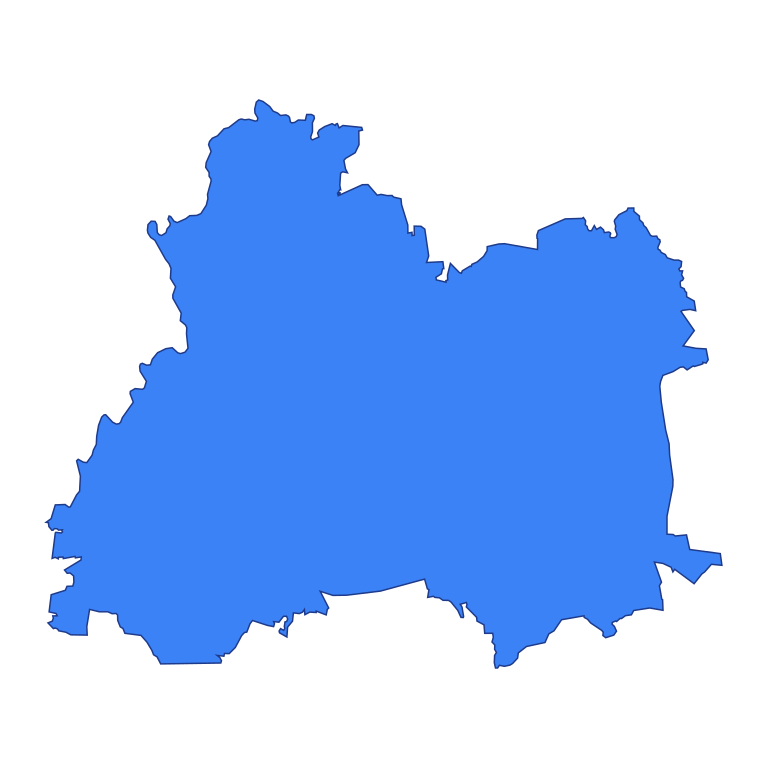 outline of Valle de Santiago, Guanajuato, Mexico
{"feature_id": "50627088B5903999082745", "entity_name": "Valle de Santiago", "entity_type": "district", "adm_level": 2, "iso_a3": "MEX", "parent_name": "Mexico", "parent_adm1": "Guanajuato", "projection": "orthographic", "projection_center": [-101.283, 20.397], "detail": "fine", "context": "isolated", "style": "filled", "palette": "blue", "viewbox_px": 768, "rotation_deg": 0, "n_neighbors": 0, "source": "geoboundaries", "source_scale": "gbopen_adm2", "svg_char_len": 6065}
<svg xmlns="http://www.w3.org/2000/svg" viewBox="0 0 768 768"><path d="M211.1,181.1L207.5,194.4L207.9,198.6L206.3,205.2L200.9,213.6L196.8,215.4L189.7,215.7L185.8,218.7L177.2,222.6L174.0,221.2L170.7,216.6L169.1,216.0L168.0,219.2L170.3,223.6L169.9,225.7L167.1,228.9L166.0,232.7L161.6,235.5L159.1,234.7L157.3,232.5L156.8,224.5L155.1,221.4L151.2,221.2L148.0,224.6L147.4,230.3L148.0,233.2L150.7,237.4L154.9,240.3L165.6,259.4L169.0,263.7L171.0,268.5L170.4,278.2L175.6,286.8L172.8,295.0L172.9,298.3L181.2,313.1L180.3,320.7L185.5,325.0L186.8,327.7L186.5,333.8L188.0,348.3L185.0,352.2L180.5,353.6L177.8,352.8L172.2,347.7L165.8,348.7L157.6,352.7L152.3,359.2L150.4,364.8L146.6,365.2L142.3,363.3L140.4,364.1L139.6,366.5L140.1,371.2L146.4,381.3L144.4,387.9L142.5,389.3L135.1,388.6L130.3,391.4L130.1,393.7L133.3,402.2L122.4,417.6L120.6,422.2L119.2,423.6L116.4,424.1L112.6,422.2L105.7,414.7L104.0,414.9L101.7,417.1L98.6,425.2L96.7,436.4L96.3,444.4L93.4,450.1L92.1,455.2L86.8,462.6L83.3,462.2L78.2,459.3L76.6,460.8L80.4,476.1L79.6,491.2L76.5,495.0L70.3,506.9L68.7,507.1L65.1,504.5L55.3,504.9L51.1,518.7L46.1,522.3L48.4,522.7L48.9,526.6L51.9,530.3L53.1,530.2L54.3,528.6L57.2,528.8L58.6,530.1L62.3,529.8L61.8,530.6L62.5,531.9L61.3,533.0L55.9,532.3L55.3,532.9L52.1,558.4L55.1,557.3L58.3,558.8L58.4,557.2L63.1,557.1L63.3,558.6L75.0,556.4L75.4,557.9L81.3,556.9L81.0,560.0L64.5,570.0L67.2,573.3L70.1,573.0L73.6,575.9L73.9,582.1L72.8,586.1L67.0,586.3L65.3,590.3L51.2,594.7L49.1,611.9L56.1,613.5L57.2,615.8L52.8,615.9L53.3,618.2L52.3,621.1L48.0,622.9L53.4,628.6L55.2,628.0L57.6,629.0L58.7,630.8L65.8,632.2L70.8,634.8L87.2,635.1L86.8,626.6L89.6,609.4L99.3,611.8L107.9,611.8L112.1,613.7L116.1,613.5L117.6,615.0L117.7,620.4L120.3,626.9L123.0,628.5L124.9,633.3L141.0,635.4L146.9,642.1L151.8,650.2L153.6,654.8L157.0,656.8L160.7,663.9L220.8,663.0L221.5,660.7L219.8,657.5L217.1,655.4L223.9,656.2L224.5,653.5L229.2,653.6L235.3,647.5L241.7,635.5L244.5,632.5L246.8,632.1L250.0,623.8L252.5,620.5L267.5,625.4L273.6,626.6L274.5,623.7L273.6,621.6L278.9,622.2L283.5,616.3L286.6,616.3L287.7,619.1L286.6,621.5L285.0,621.9L284.3,626.6L284.8,628.4L283.7,630.3L280.6,628.6L279.1,631.0L279.5,632.8L286.9,637.0L287.6,627.1L292.5,621.2L293.4,612.9L299.3,613.6L302.5,612.2L304.4,609.5L304.9,614.7L309.8,612.1L316.2,612.5L316.2,611.1L326.2,614.9L327.3,609.4L328.7,608.0L320.2,591.3L332.9,595.4L346.6,595.2L380.4,591.1L424.6,579.1L427.4,588.9L428.9,589.6L427.7,597.4L433.4,596.3L434.9,597.4L439.4,597.8L443.0,600.3L448.6,600.4L451.1,602.1L457.8,610.4L461.0,617.4L463.3,617.5L463.6,616.4L462.0,607.0L460.2,604.3L466.3,602.5L467.0,604.5L466.3,606.9L476.6,617.3L477.0,621.1L484.0,624.8L484.7,633.3L492.7,633.3L493.3,637.4L492.0,642.0L494.8,645.0L494.6,649.2L496.4,652.5L494.6,655.4L494.3,662.6L495.5,668.0L497.6,668.0L499.4,665.3L504.4,666.3L510.0,665.1L512.7,663.4L517.6,658.1L518.3,652.9L526.5,646.5L545.0,642.5L548.8,633.9L554.0,630.8L561.6,619.7L584.0,615.8L584.2,617.4L587.5,619.2L590.7,623.0L601.6,630.3L603.2,632.2L602.9,635.5L605.7,637.7L613.8,635.1L616.5,631.2L614.4,626.4L612.1,624.2L612.3,622.4L615.7,621.0L616.6,621.5L620.0,618.5L621.6,618.5L625.4,615.7L631.4,614.8L633.7,610.5L649.7,608.0L663.0,610.3L662.6,599.7L661.8,599.3L659.4,585.7L661.5,582.2L654.4,562.1L662.9,563.4L671.1,567.2L672.9,571.9L674.7,569.3L694.1,583.7L701.9,573.9L704.7,571.9L711.4,564.3L721.9,565.3L720.3,553.6L689.7,549.5L686.5,534.9L675.2,536.0L673.1,534.5L667.0,534.2L667.0,516.3L672.8,486.6L673.0,479.6L669.6,454.9L669.1,443.8L665.7,430.1L661.3,402.2L659.8,386.2L660.6,381.5L662.9,375.4L673.1,371.6L680.1,367.3L683.4,366.9L687.1,369.9L693.2,365.9L694.3,366.5L701.4,364.4L702.9,363.7L702.8,362.3L706.1,363.1L708.2,359.8L706.1,348.9L695.9,348.3L683.1,345.9L694.3,330.6L681.0,311.4L682.5,310.4L689.9,309.4L695.7,310.7L694.2,301.0L686.7,296.8L686.5,292.4L685.1,291.3L684.2,288.7L680.6,287.0L680.1,282.4L681.2,280.6L682.5,280.4L683.6,278.3L681.6,274.9L682.6,270.9L679.8,270.9L678.8,269.0L681.1,266.6L681.6,261.5L678.6,260.1L674.1,260.1L667.2,257.8L665.3,254.5L661.3,252.5L659.9,250.1L658.2,249.3L657.8,247.5L660.2,241.8L659.7,239.6L658.1,239.0L656.7,236.1L652.5,236.3L650.5,235.4L646.1,227.6L643.8,225.6L642.9,222.8L639.5,219.7L639.4,216.1L633.9,211.4L633.8,208.0L628.0,208.1L626.9,210.6L618.9,214.7L614.7,219.9L614.3,221.3L615.7,226.0L615.2,229.2L617.1,234.5L616.2,236.7L614.2,237.7L610.4,237.6L609.8,235.9L610.7,233.8L610.3,232.8L608.8,232.0L604.3,232.6L603.5,229.8L600.5,227.1L596.5,229.4L594.3,225.6L591.5,230.7L589.2,230.8L587.7,229.1L587.1,226.4L585.3,224.8L585.6,220.8L583.4,217.5L582.0,218.4L565.2,218.9L538.4,230.6L536.9,235.0L537.0,238.3L537.6,238.6L537.5,249.5L504.6,243.7L498.7,244.0L487.2,246.6L487.1,250.7L483.6,256.4L477.1,262.0L471.9,264.3L471.2,266.5L470.1,266.1L462.3,270.8L461.3,273.3L459.3,272.5L450.4,263.4L447.5,275.1L447.7,280.0L445.9,280.6L446.0,282.2L436.4,279.9L435.9,277.3L441.4,273.8L442.5,268.8L443.8,268.7L442.9,261.7L426.5,262.5L428.7,256.0L424.8,229.1L421.0,226.3L414.2,226.1L414.3,235.2L412.1,235.6L412.0,232.3L407.9,233.1L407.8,225.0L401.6,204.8L401.0,198.8L393.6,197.1L392.1,195.5L387.2,195.6L381.1,194.4L377.2,195.2L368.0,184.6L362.4,184.7L338.2,195.7L337.7,193.8L339.9,194.7L340.1,192.8L338.2,192.4L339.8,189.6L340.7,189.8L339.8,185.5L340.6,173.2L342.7,171.8L347.5,172.8L345.5,168.9L343.9,160.4L345.7,158.3L355.2,152.7L359.0,144.7L358.8,131.0L362.5,130.1L361.7,127.4L342.9,125.5L339.1,127.9L337.4,123.6L336.1,124.0L335.3,125.4L332.1,123.7L324.6,126.6L319.3,130.0L317.6,133.1L318.9,137.0L312.4,139.9L311.1,138.9L310.7,137.0L312.5,131.6L312.4,122.8L314.4,118.4L313.9,115.8L311.4,114.5L306.7,114.5L305.3,120.3L298.3,120.0L294.8,122.4L291.7,122.9L290.4,121.9L289.5,117.4L288.2,115.9L285.9,114.9L280.5,115.5L277.7,113.1L273.1,111.1L269.7,106.5L263.0,101.5L258.7,100.0L256.3,102.2L254.7,109.2L255.0,113.1L257.8,118.0L257.3,120.6L255.3,121.1L249.0,119.3L244.8,119.8L241.2,119.0L238.8,119.8L228.7,127.6L224.0,128.8L217.4,135.9L212.3,138.2L209.6,141.4L208.6,144.7L211.1,151.5L206.2,162.6L205.7,167.4L209.1,172.5L209.1,176.2L211.0,179.1L211.1,181.1Z" fill="#3b82f6" stroke="#1e3a8a" stroke-width="1.5"/></svg>